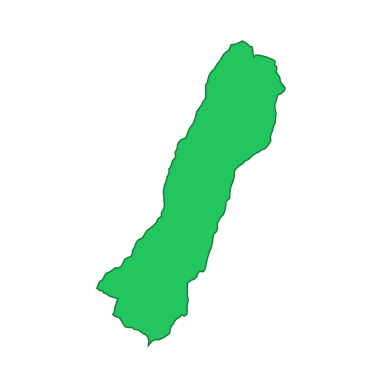 Pacaembu, São Paulo, Brazil (Robinson projection), rotated 20°
{"feature_id": "56859067B55834981696597", "entity_name": "Pacaembu", "entity_type": "district", "adm_level": 2, "iso_a3": "BRA", "parent_name": "Brazil", "parent_adm1": "São Paulo", "projection": "robinson", "projection_center": [-51.275, -21.497], "detail": "fine", "context": "isolated", "style": "filled", "palette": "green", "viewbox_px": 384, "rotation_deg": 20, "n_neighbors": 0, "source": "geoboundaries", "source_scale": "gbopen_adm2", "svg_char_len": 2767}
<svg xmlns="http://www.w3.org/2000/svg" viewBox="0 0 384 384"><g transform="rotate(20 192 192)"><path d="M203.5,351.2L205.6,345.5L208.9,342.7L211.1,342.3L213.1,340.6L214.9,338.7L217.5,335.3L219.3,332.6L218.5,329.0L218.4,325.5L219.5,322.5L219.7,319.6L221.1,316.1L223.3,313.8L224.4,310.6L227.1,311.4L229.0,308.6L228.0,304.8L226.5,301.4L225.9,298.3L225.2,294.3L223.1,291.3L222.2,288.3L220.7,284.7L219.7,282.0L219.1,278.8L220.7,275.9L223.9,273.0L225.6,269.5L225.2,266.9L226.2,263.9L229.7,263.1L230.7,259.9L230.1,256.2L229.2,250.1L228.9,244.7L229.0,241.2L229.0,236.1L228.4,232.2L227.6,229.1L226.8,225.0L228.3,221.0L228.6,218.1L227.5,215.4L226.5,212.9L227.3,206.8L229.0,202.8L229.3,199.2L228.5,193.9L227.3,189.6L229.5,184.9L227.5,178.9L226.9,175.3L226.7,171.5L226.9,168.0L226.5,163.6L225.2,160.0L224.8,156.9L225.8,154.1L227.8,150.6L230.2,147.9L231.0,144.6L233.7,142.4L235.7,138.4L236.9,136.2L238.8,133.6L240.8,132.0L242.7,128.7L245.5,126.6L246.6,124.5L247.7,121.1L248.5,117.1L246.9,113.5L246.5,110.6L246.6,106.7L246.0,101.7L246.5,98.7L245.4,95.2L244.3,90.0L242.3,86.5L240.4,83.4L239.9,80.7L239.9,78.1L239.7,75.1L239.3,71.5L242.1,69.1L244.1,65.1L243.9,62.3L240.7,60.6L237.2,57.9L234.9,53.8L232.3,52.3L230.0,50.3L229.7,47.8L228.7,45.3L226.1,44.6L225.4,40.8L223.0,40.0L220.6,39.9L216.2,39.7L212.5,40.0L208.0,40.6L205.2,41.6L204.1,43.9L201.7,41.1L200.5,37.7L198.8,35.1L196.4,35.5L193.9,34.2L191.2,33.4L187.8,32.8L185.6,35.1L182.4,38.2L178.5,40.2L178.3,43.8L178.0,46.5L176.3,48.7L174.6,51.7L173.7,56.5L173.1,60.2L172.0,62.6L171.3,66.3L170.6,69.4L168.6,73.6L168.2,77.5L168.5,80.9L169.0,83.7L168.3,86.5L169.2,89.2L171.0,94.2L172.4,98.0L172.5,100.6L171.4,104.0L171.1,107.5L170.1,111.3L169.1,113.8L169.3,117.6L169.9,122.3L169.8,126.4L168.0,133.1L167.7,136.2L167.6,139.4L167.6,143.0L163.5,147.3L162.4,150.1L162.3,152.9L163.2,155.9L162.6,160.6L164.8,164.8L163.1,169.0L163.1,171.7L163.5,174.8L162.5,178.4L163.6,180.8L163.8,183.5L163.4,187.1L164.1,191.2L163.8,194.5L164.8,200.7L165.8,203.7L167.6,206.7L168.8,210.3L170.3,212.9L171.1,215.9L171.0,218.6L170.4,222.2L171.6,225.2L169.1,229.1L169.0,232.7L167.3,236.6L164.6,241.0L162.8,243.6L161.8,248.7L161.1,251.9L158.7,254.5L157.4,256.6L156.8,260.0L157.0,263.6L156.1,267.3L157.0,270.2L156.7,273.5L154.1,275.6L151.9,278.2L151.5,281.5L151.0,286.2L148.3,288.9L145.9,289.4L144.0,292.5L141.4,295.9L138.9,298.0L138.4,301.2L138.0,305.0L135.9,307.8L135.7,310.4L135.5,315.0L139.6,316.2L141.8,315.2L143.5,317.1L146.3,316.8L149.7,318.0L154.5,317.8L158.7,317.6L158.9,322.0L158.9,325.8L159.9,330.7L159.5,334.2L161.8,335.1L167.0,335.1L170.1,337.4L172.9,339.8L175.4,341.5L178.8,341.0L182.4,339.8L185.0,340.9L188.4,339.9L191.5,340.9L195.2,341.9L197.4,341.9L200.5,343.5L202.3,346.7L203.5,351.2Z" fill="#22c55e" stroke="#15803d" stroke-width="1.5"/></g></svg>